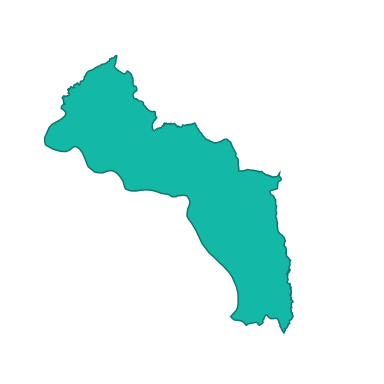 the district of Guataquí, Cundinamarca, Colombia, rotated 310°
{"feature_id": "7082276B38387467100099", "entity_name": "Guataquí", "entity_type": "district", "adm_level": 2, "iso_a3": "COL", "parent_name": "Colombia", "parent_adm1": "Cundinamarca", "projection": "albers", "projection_center": [-74.774, 4.506], "detail": "fine", "context": "isolated", "style": "filled", "palette": "teal", "viewbox_px": 384, "rotation_deg": 310, "n_neighbors": 0, "source": "geoboundaries", "source_scale": "gbopen_adm2", "svg_char_len": 6033}
<svg xmlns="http://www.w3.org/2000/svg" viewBox="0 0 384 384"><g transform="rotate(310 192 192)"><path d="M247.3,45.9L244.1,45.7L243.4,44.8L241.6,43.6L240.7,43.7L239.7,44.5L239.0,44.2L235.1,43.2L234.0,42.7L231.5,40.7L229.6,40.4L228.4,39.6L224.4,37.9L221.9,37.5L220.5,36.4L218.2,35.1L214.8,34.7L213.6,35.5L211.3,35.4L209.1,36.9L206.6,36.9L206.0,36.4L205.7,35.8L204.9,35.5L201.9,37.3L201.6,37.2L201.5,36.7L202.0,34.6L201.8,34.0L200.3,34.0L198.2,32.9L197.2,33.4L196.3,34.5L195.8,34.3L195.5,34.0L194.9,31.5L194.2,31.4L192.2,32.5L192.0,32.2L192.1,31.5L191.9,31.1L191.0,30.9L190.3,31.3L190.3,32.5L188.3,33.5L188.1,33.9L188.4,35.0L187.7,35.7L186.9,35.6L184.4,34.0L183.1,31.9L182.6,31.9L182.3,32.8L181.7,32.1L180.9,32.0L180.4,32.6L180.3,33.8L177.6,36.6L177.8,37.6L177.6,38.1L176.4,37.3L174.8,37.0L173.6,37.1L171.9,38.1L172.3,39.8L172.0,43.7L170.4,45.3L168.2,45.7L165.6,45.4L162.3,44.5L153.8,41.3L149.7,41.1L138.9,44.2L136.4,46.3L134.4,48.7L134.0,50.4L135.3,57.0L136.7,61.0L138.5,64.7L140.1,67.1L142.0,69.5L145.4,71.2L150.9,72.5L152.3,74.2L152.6,75.7L152.7,78.0L151.6,83.1L144.6,96.2L144.8,104.8L146.4,107.6L149.3,111.3L153.5,113.7L156.2,115.9L157.6,118.7L158.1,121.3L158.0,124.6L157.1,128.7L155.8,132.5L152.9,136.6L151.6,138.8L152.4,141.8L153.8,144.8L156.8,148.5L160.8,151.9L164.6,155.9L167.5,160.2L169.6,164.7L171.4,169.6L174.4,174.6L175.1,176.1L175.4,177.7L175.5,179.8L178.2,182.8L178.4,182.6L179.9,183.6L184.1,187.5L185.7,190.5L185.3,192.8L184.2,195.1L182.7,197.1L179.9,198.6L176.6,199.5L172.9,201.7L170.5,203.5L169.2,206.2L167.9,211.7L165.2,219.7L159.3,232.2L158.2,236.2L156.5,243.7L156.1,252.3L155.5,258.6L155.5,262.6L154.3,271.9L152.8,277.3L147.7,287.4L144.0,292.3L140.0,295.9L135.3,299.7L132.3,301.3L129.5,302.0L121.4,301.7L121.1,305.1L121.3,306.9L123.8,310.5L124.8,312.6L125.3,314.1L125.4,315.3L124.8,319.2L125.0,319.5L126.3,319.5L128.7,320.9L131.3,323.3L133.7,324.8L133.8,326.7L133.2,327.7L133.0,328.3L133.2,329.2L136.1,330.2L137.5,330.3L138.0,330.1L138.8,329.0L139.8,328.4L140.8,328.7L142.8,328.0L145.2,327.6L146.0,328.1L145.3,331.6L145.8,334.1L149.9,338.4L149.0,341.4L147.9,342.5L146.9,344.8L145.6,345.9L145.2,347.6L144.4,349.0L144.3,349.9L143.5,350.7L143.5,352.0L143.1,353.1L146.6,352.1L147.0,351.0L148.4,351.9L151.2,351.5L152.5,350.6L153.3,351.2L153.9,351.4L156.2,349.3L156.8,349.3L157.3,349.8L158.4,350.1L161.8,349.3L162.5,348.0L162.6,347.1L162.9,346.8L163.8,346.7L164.0,344.9L165.3,344.2L166.2,342.4L166.6,342.3L167.5,342.8L168.7,341.0L169.7,340.6L170.3,339.7L171.2,339.5L172.2,340.1L172.6,340.0L173.2,339.4L173.2,338.1L173.5,337.6L173.1,336.8L173.3,336.4L173.8,336.2L174.6,336.4L174.9,336.2L175.0,335.2L176.4,334.3L176.1,333.5L176.6,333.0L177.2,332.9L177.7,333.4L178.1,333.4L178.7,332.3L179.8,332.0L181.0,330.5L181.0,329.5L182.0,329.8L182.5,329.5L182.8,328.8L182.8,327.2L183.4,326.9L184.2,326.9L184.4,326.1L184.8,325.8L183.8,324.5L183.7,324.1L183.8,323.4L184.8,322.4L186.3,322.2L186.6,321.5L187.6,320.9L188.3,319.6L189.6,319.1L189.9,317.2L190.6,317.2L191.3,318.1L191.7,317.8L192.0,316.8L192.5,316.7L192.8,316.9L193.2,318.0L193.4,318.0L193.6,316.7L194.0,316.4L194.4,316.5L194.6,317.3L195.0,317.5L195.6,316.9L196.0,315.2L197.0,314.3L199.0,314.1L200.8,312.2L201.5,311.8L202.9,311.5L203.2,311.0L202.9,310.3L203.0,309.5L203.6,308.5L203.6,305.7L204.4,305.0L205.0,303.9L205.8,303.5L205.5,302.8L206.7,302.6L208.5,301.3L209.9,299.4L209.9,297.9L210.8,296.5L212.1,295.9L213.0,295.0L213.9,295.2L214.5,295.0L214.9,294.4L215.1,293.6L215.9,292.7L216.5,291.3L216.8,289.0L216.6,286.2L217.2,283.2L220.7,279.2L223.4,277.3L224.3,275.7L225.7,274.3L227.3,271.6L227.9,271.3L229.8,270.7L230.9,269.7L231.8,267.9L235.1,266.3L235.7,265.5L236.0,264.5L236.5,263.8L240.0,260.9L240.2,259.2L241.4,257.1L240.9,253.5L242.2,251.6L242.8,251.4L243.7,251.5L244.5,252.0L244.6,252.4L246.0,252.9L248.2,254.6L249.5,255.1L251.2,254.1L254.4,251.8L255.4,251.7L256.4,251.8L257.6,252.4L258.7,252.4L259.4,252.0L259.8,251.3L260.0,249.5L260.5,248.3L262.9,246.9L262.0,246.9L261.4,247.3L258.6,247.4L257.7,246.4L256.5,245.5L255.8,244.4L255.0,244.0L254.9,242.7L254.4,240.8L253.7,240.4L253.9,239.4L253.3,238.8L252.5,237.0L252.7,235.4L252.3,233.9L252.6,233.4L252.6,232.8L252.3,231.7L251.5,231.4L251.2,230.9L250.5,230.7L250.7,229.7L249.9,229.5L250.0,228.7L249.6,228.3L249.5,227.4L249.1,227.0L249.0,226.5L248.2,225.8L248.0,224.7L247.4,224.5L247.2,223.8L246.4,223.3L246.3,222.6L245.2,220.6L244.5,219.8L241.3,217.9L239.8,216.3L238.2,214.1L240.2,212.7L242.0,210.6L246.7,206.3L247.7,202.2L249.4,201.4L250.0,200.5L252.9,193.2L255.0,189.7L254.8,184.6L254.4,184.2L252.8,182.8L249.0,181.5L246.9,180.2L243.8,177.5L243.7,176.3L242.9,174.5L242.7,173.4L242.7,171.9L242.0,170.7L241.5,168.6L241.5,168.0L242.0,166.1L242.1,164.2L242.9,162.1L243.3,158.7L244.3,156.2L244.4,155.0L244.6,154.0L245.6,152.8L245.7,151.9L246.4,150.9L246.5,149.5L245.2,149.2L244.5,148.4L243.2,148.3L242.9,147.1L242.6,146.8L241.2,146.7L241.1,145.5L240.2,145.3L240.1,144.7L239.8,144.4L238.5,144.0L237.5,142.0L237.0,141.9L235.5,142.4L234.8,142.2L234.0,140.7L233.8,139.6L232.6,139.2L233.1,138.0L232.9,137.3L233.2,136.7L232.8,136.2L233.2,135.3L232.8,134.1L231.5,133.2L231.2,131.9L230.8,131.5L230.5,131.3L229.6,131.6L229.4,130.1L229.1,129.8L228.6,129.6L228.0,127.8L227.1,128.1L226.7,127.8L226.9,126.6L225.5,126.8L225.5,127.5L225.2,127.7L223.4,126.9L222.6,127.1L221.6,127.0L221.1,126.9L220.3,126.0L218.9,125.0L217.2,124.3L215.2,124.1L214.6,123.3L214.6,122.1L215.2,120.9L216.9,119.2L218.0,118.7L218.5,118.0L219.3,117.7L222.5,117.3L224.2,117.4L226.5,117.1L226.5,115.7L226.9,114.8L229.7,112.3L229.2,110.9L227.8,109.8L226.8,107.1L226.9,104.0L227.5,101.7L227.7,98.8L228.2,98.1L229.0,97.6L229.4,96.0L227.8,92.9L227.7,89.5L226.9,88.7L226.6,87.1L227.7,85.1L229.3,83.9L231.6,83.7L233.1,84.3L234.3,84.4L235.4,83.6L236.3,82.4L236.8,81.0L236.3,80.1L235.7,79.5L235.8,79.2L237.2,77.0L239.3,75.4L241.0,73.7L242.9,70.2L243.4,68.4L243.3,64.9L242.7,64.6L240.1,65.0L238.9,63.9L238.3,62.4L237.5,56.1L237.9,52.4L238.5,51.6L242.3,50.3L244.4,48.7L247.5,47.2L248.0,46.6L247.9,46.2L247.3,45.9Z" fill="#14b8a6" stroke="#0f766e" stroke-width="1.5"/></g></svg>